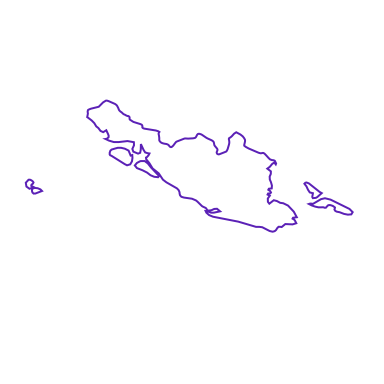 map outline of Phangnga (Natural Earth projection), rotated 297°
{"feature_id": "THA-378", "entity_name": "Phangnga", "entity_type": "Province", "adm_level": 1, "iso_a3": "THA", "parent_name": "Thailand", "parent_adm1": "", "projection": "natural_earth1", "projection_center": [98.43, 8.688], "detail": "fine", "context": "isolated", "style": "outline", "palette": "violet", "viewbox_px": 384, "rotation_deg": 297, "n_neighbors": 0, "source": "natural_earth", "source_scale": "10m", "svg_char_len": 4686}
<svg xmlns="http://www.w3.org/2000/svg" viewBox="0 0 384 384"><g transform="rotate(297 192 192)"><path d="M254.6,254.1L255.6,251.9L253.4,250.7L249.8,249.9L247.0,248.5L246.2,252.9L243.9,254.0L241.0,254.2L238.4,255.7L236.6,257.9L234.0,260.3L231.4,261.4L229.8,259.0L228.6,259.0L228.3,261.3L227.4,262.6L226.3,262.4L225.2,260.5L224.0,260.5L224.0,263.0L220.6,262.5L217.7,264.1L216.7,266.2L221.8,268.6L222.5,271.8L222.4,275.5L223.4,278.4L223.5,283.7L220.7,291.6L217.1,296.8L214.9,293.7L213.9,293.7L213.8,295.5L213.3,296.7L211.5,299.1L208.8,296.3L205.8,289.7L201.5,287.8L201.0,286.3L200.3,284.9L198.3,284.3L196.5,284.2L195.1,283.7L194.1,282.9L193.2,281.8L192.5,278.9L192.5,270.6L191.5,267.8L190.0,264.9L186.6,246.7L179.5,221.9L179.2,217.7L180.1,214.2L181.2,212.8L181.8,214.5L182.2,218.2L183.4,220.7L187.5,225.8L188.4,221.9L187.0,219.5L184.6,217.6L182.9,215.2L182.8,213.9L183.3,212.9L183.8,212.1L184.0,211.3L183.9,208.1L184.0,207.2L185.9,201.2L186.3,199.3L186.0,195.0L183.4,187.4L182.9,184.7L183.6,182.9L184.8,181.8L186.2,180.9L187.5,179.4L188.0,178.1L188.4,176.9L189.0,164.8L189.8,160.5L193.5,153.9L195.1,146.2L198.3,141.0L200.4,136.3L201.8,135.4L202.4,135.9L204.9,136.6L207.0,136.6L206.4,134.7L206.0,132.3L207.6,129.6L211.5,124.7L206.5,127.1L203.4,128.0L201.7,126.5L201.3,121.4L203.3,119.3L207.3,119.1L210.0,117.6L208.1,111.4L203.2,104.0L201.0,99.6L200.1,94.8L200.0,90.9L200.8,92.0L202.9,92.8L204.3,92.2L205.6,90.8L208.1,87.6L205.0,85.7L204.9,82.7L206.5,79.5L207.0,76.9L209.0,73.7L210.2,70.1L211.2,64.6L211.3,64.6L213.4,64.0L214.7,63.6L216.1,62.6L217.0,62.3L217.4,62.2L218.0,62.2L219.1,63.0L220.4,64.2L225.6,70.2L231.5,72.1L234.3,73.8L234.8,74.7L235.1,76.3L235.5,83.4L235.4,84.2L235.1,85.5L234.8,86.1L233.4,88.1L232.2,89.4L231.9,89.8L231.6,90.4L231.4,91.0L231.2,91.7L231.0,93.2L230.8,93.9L230.6,94.5L230.4,95.2L230.3,96.1L230.4,97.4L230.3,98.3L230.4,100.0L230.8,101.0L230.5,102.1L230.0,102.6L228.8,103.2L228.4,103.6L228.2,104.2L228.1,105.7L227.9,107.1L227.9,108.3L229.1,115.4L229.1,116.7L228.8,117.3L228.4,117.7L227.9,118.1L227.3,118.2L226.9,118.6L226.7,119.2L226.7,119.9L226.8,120.7L230.4,131.9L230.8,134.3L230.7,135.7L230.1,135.7L229.6,135.6L229.0,135.7L228.5,135.9L228.1,136.3L227.2,137.0L225.3,138.3L223.7,139.1L223.2,139.4L222.8,139.9L222.5,140.4L222.1,141.7L222.0,142.4L222.1,143.6L222.4,145.1L223.2,147.6L223.3,148.9L223.2,149.8L222.4,151.5L222.3,152.1L222.4,152.8L222.8,153.4L224.7,154.2L228.1,154.8L229.4,155.1L229.9,155.4L236.2,161.0L236.8,162.0L237.8,164.3L240.2,168.4L241.0,169.5L241.8,170.3L242.9,170.6L245.1,170.6L245.7,170.7L246.3,170.9L246.8,171.4L247.2,172.2L247.5,173.8L247.5,174.9L246.8,180.4L246.8,182.0L247.0,186.0L246.9,186.8L246.8,187.5L246.6,188.2L246.3,188.7L245.9,189.1L244.1,190.5L243.7,190.9L243.4,191.5L242.1,194.5L241.8,195.0L241.4,195.4L240.8,195.7L238.9,195.9L238.3,196.1L237.9,196.5L237.5,197.0L237.4,197.6L237.5,198.4L238.0,199.2L243.3,203.9L243.8,204.2L244.8,204.3L246.2,204.3L250.6,203.5L252.2,203.1L253.4,202.6L254.3,202.0L255.3,201.3L255.7,200.9L256.1,200.7L256.7,200.6L258.2,201.5L259.9,202.2L263.0,203.0L265.3,204.3L265.2,209.1L264.6,212.0L263.7,213.9L263.1,214.8L262.6,215.5L261.6,216.1L260.4,216.5L257.9,217.1L257.3,217.3L256.9,217.7L256.6,219.6L256.5,222.8L257.2,233.5L257.6,235.5L257.9,236.0L258.6,236.9L259.0,237.4L259.2,238.0L259.1,239.2L258.5,241.0L257.1,244.7L256.5,246.6L256.7,248.6L257.3,250.2L257.4,250.9L257.4,251.6L255.6,254.0L254.6,254.1L254.6,254.1ZM236.4,305.2L244.2,310.2L246.8,313.3L248.1,318.9L248.4,340.0L247.0,344.3L244.4,344.1L242.6,341.2L241.5,337.4L241.0,332.7L240.2,329.9L240.2,328.3L241.0,326.9L242.1,326.7L243.1,326.4L243.5,324.3L243.4,322.6L243.0,320.8L242.1,319.4L240.7,318.9L238.8,318.4L238.2,317.4L238.0,315.9L235.8,311.8L234.9,308.4L234.4,304.8L234.4,301.6L235.2,302.4L235.7,303.3L236.4,305.2ZM195.5,103.4L197.6,105.7L199.2,108.8L200.1,112.5L200.1,116.7L196.6,120.8L197.8,122.0L195.3,123.5L192.0,124.6L188.6,124.4L186.3,122.0L186.3,119.4L187.7,103.7L187.6,102.4L188.1,101.6L189.7,100.8L191.8,100.5L193.3,101.1L195.5,103.4ZM194.3,130.7L196.1,132.0L198.1,135.8L197.4,139.7L195.3,144.2L191.3,155.4L189.8,155.1L188.4,151.4L188.1,147.4L188.9,143.2L188.9,138.1L188.3,132.1L189.7,129.0L192.8,129.7L194.3,130.7ZM252.7,292.4L250.0,305.7L249.9,308.1L244.3,305.9L243.0,305.0L241.4,302.5L242.2,301.4L245.8,300.3L245.1,297.1L246.7,294.3L249.0,291.4L250.4,288.4L251.7,288.8L252.4,289.6L252.6,290.8L252.7,292.4ZM124.5,49.0L121.1,45.7L121.7,42.0L124.8,39.7L128.7,40.8L129.4,42.0L129.5,43.6L129.2,45.2L128.6,46.4L127.3,46.5L125.7,45.7L124.5,46.0L124.5,49.0ZM124.8,57.9L119.5,53.1L118.7,51.6L119.1,50.1L120.1,49.1L121.3,48.4L122.4,48.3L124.2,49.9L125.3,52.8L125.5,55.8L124.8,57.9Z" fill="none" stroke="#5b21b6" stroke-width="2"/></g></svg>